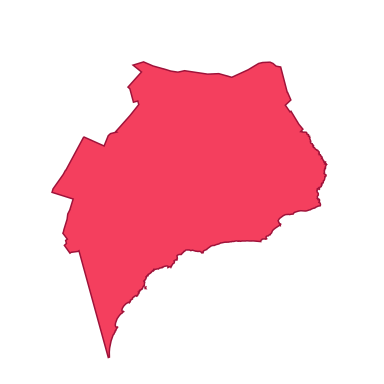 Ravensthorpe, Western Australia, Australia, rotated 345°
{"feature_id": "25037944B73720065991414", "entity_name": "Ravensthorpe", "entity_type": "district", "adm_level": 2, "iso_a3": "AUS", "parent_name": "Australia", "parent_adm1": "Western Australia", "projection": "orthographic", "projection_center": [120.16, -33.684], "detail": "fine", "context": "isolated", "style": "filled", "palette": "rose", "viewbox_px": 384, "rotation_deg": 345, "n_neighbors": 0, "source": "geoboundaries", "source_scale": "gbopen_adm2", "svg_char_len": 6043}
<svg xmlns="http://www.w3.org/2000/svg" viewBox="0 0 384 384"><g transform="rotate(345 192 192)"><path d="M178.9,53.8L167.9,54.2L174.3,63.0L157.3,74.1L158.7,76.3L158.7,90.1L163.2,90.1L163.2,93.8L151.8,102.2L134.0,113.9L134.7,114.6L128.4,114.5L125.7,115.9L119.0,124.8L102.0,111.0L101.4,111.1L75.8,138.3L75.4,138.3L72.2,141.7L58.6,153.0L56.7,156.1L75.4,168.0L69.7,177.1L69.8,177.2L66.3,181.1L64.3,186.0L58.6,195.1L57.4,197.4L56.6,198.4L59.4,205.3L57.4,206.1L57.4,209.2L54.9,210.5L58.3,219.5L59.7,219.0L66.6,219.9L67.6,219.5L68.3,330.2L69.5,330.1L70.7,325.2L72.1,321.3L75.3,314.9L78.8,309.7L79.7,309.2L80.7,307.9L81.3,307.5L81.7,306.5L82.4,306.3L82.6,306.0L82.5,305.8L83.0,305.5L83.2,305.0L85.2,303.3L85.1,303.1L83.9,303.1L83.8,302.6L83.4,302.3L83.4,300.9L84.2,298.8L86.9,295.0L89.1,293.1L91.4,291.4L92.9,291.0L94.2,290.1L95.0,289.9L94.7,289.4L93.8,289.3L93.7,288.8L93.7,288.1L94.1,287.2L94.9,286.0L96.8,284.3L99.2,282.9L101.8,282.1L102.3,282.2L102.5,282.7L102.7,282.8L102.8,282.4L103.3,282.0L103.9,282.1L104.0,281.5L104.4,281.2L104.5,280.6L105.0,280.6L105.5,280.2L106.1,280.3L106.0,280.5L106.5,279.9L106.8,279.9L107.1,279.0L108.3,278.3L108.7,278.4L109.2,278.0L110.8,277.5L111.4,278.1L111.5,277.9L112.1,278.1L112.2,277.9L112.4,278.1L112.6,278.0L113.5,276.6L113.9,276.3L114.0,276.5L114.4,276.3L114.5,275.9L114.4,275.0L114.6,275.0L114.5,274.8L115.3,274.8L115.6,274.5L115.6,273.7L115.8,273.5L116.4,273.3L116.6,273.6L117.1,273.2L117.8,273.2L118.4,272.6L118.8,272.8L120.6,270.5L121.0,270.4L121.1,270.2L121.7,270.2L122.3,268.1L122.9,267.2L122.7,266.5L122.5,266.3L122.9,266.1L122.8,265.4L123.1,265.4L123.2,265.1L123.9,264.9L124.0,264.5L125.1,263.9L125.4,262.9L125.8,262.7L125.9,262.4L125.7,262.0L127.4,261.0L127.7,261.0L127.8,261.4L128.1,261.1L128.2,260.8L128.0,260.6L128.2,260.3L129.1,260.4L129.1,260.7L129.5,259.8L130.6,259.7L131.0,259.4L131.0,259.5L131.9,259.1L133.5,257.8L133.8,257.8L133.7,258.2L134.0,258.3L134.7,257.2L134.9,257.7L135.4,257.2L135.5,257.5L136.2,257.2L138.9,257.3L139.7,257.7L140.8,257.1L142.7,257.3L143.0,257.1L143.5,257.3L143.9,257.0L144.1,257.3L145.6,256.7L147.9,256.8L149.0,257.1L149.5,257.5L149.8,257.8L149.4,258.4L149.6,258.4L149.5,258.7L150.9,258.3L151.3,258.4L151.5,258.7L152.4,258.3L152.4,259.0L154.1,257.1L155.1,256.3L156.0,256.2L156.5,255.7L157.0,254.8L156.8,254.0L157.3,254.0L158.3,253.3L159.4,253.3L159.5,253.7L159.9,253.7L159.9,253.4L160.5,252.8L160.3,252.5L160.9,251.3L160.9,249.8L161.3,249.4L162.9,249.0L164.4,249.2L165.1,249.6L165.7,249.2L165.9,249.3L166.9,248.4L167.1,248.5L168.2,247.9L168.4,247.5L169.0,247.2L169.5,247.4L170.6,246.6L171.3,246.5L174.1,247.2L174.8,247.5L175.6,248.3L177.4,248.3L180.4,250.2L181.0,250.3L182.1,250.9L184.3,251.4L185.3,252.4L185.5,253.2L186.8,253.0L186.9,253.6L187.1,253.5L187.0,252.8L188.2,251.8L191.1,251.3L191.3,251.4L192.0,250.8L196.4,249.1L198.0,249.0L199.7,249.4L201.6,249.1L204.6,249.1L206.7,248.6L207.3,248.8L210.9,249.0L214.0,249.8L216.3,250.0L217.4,250.3L217.8,250.1L219.6,250.6L221.1,250.6L222.6,250.8L223.7,251.5L224.4,251.6L224.4,251.4L224.8,251.4L225.7,252.1L227.8,252.3L231.1,253.2L232.3,253.3L235.5,254.4L238.5,255.1L245.6,257.7L245.8,257.0L246.5,256.3L247.1,256.2L247.6,255.7L249.6,256.0L251.2,256.7L251.4,256.4L252.0,256.4L251.7,255.6L251.9,254.6L252.2,254.2L253.4,253.9L254.4,254.1L254.9,253.9L255.5,253.4L256.3,253.2L256.6,253.4L256.8,253.0L258.3,252.1L259.6,250.3L261.0,249.4L263.3,248.4L267.2,247.1L268.1,246.9L268.6,247.3L268.8,246.5L269.4,246.0L269.2,245.7L268.3,245.5L268.2,244.3L267.9,244.0L268.0,243.3L267.7,242.1L269.2,240.6L270.2,240.0L274.0,238.5L275.8,238.1L276.9,238.1L279.8,238.7L280.5,239.1L282.0,239.1L284.0,239.5L284.8,238.7L285.8,238.2L289.6,238.0L292.2,238.2L296.5,239.7L297.9,239.9L300.6,239.7L301.8,239.8L302.8,239.4L305.6,239.1L306.4,239.3L307.4,238.8L310.3,238.3L312.3,238.5L312.8,237.7L312.9,236.5L312.6,235.2L311.9,234.9L312.9,233.6L313.1,232.3L312.6,231.5L312.3,231.6L312.7,232.0L312.1,232.2L311.9,232.2L311.7,231.8L311.1,231.8L311.4,231.7L311.6,231.4L311.3,230.7L311.6,230.5L312.0,228.5L313.2,227.7L313.3,227.3L313.3,226.9L313.5,226.7L313.6,225.8L313.0,224.9L312.9,223.7L313.1,223.4L313.1,222.9L313.3,222.9L313.8,221.8L313.7,221.5L314.1,221.2L314.6,221.8L315.3,221.9L315.5,222.4L315.8,222.3L316.0,221.9L315.7,221.5L315.7,220.6L316.1,220.7L318.2,220.2L318.7,219.4L318.7,219.2L319.0,219.2L319.3,218.7L319.1,217.9L319.7,217.8L319.6,217.3L319.9,217.0L321.1,217.1L321.9,215.1L322.5,215.1L323.5,213.8L324.0,212.5L324.3,212.3L324.2,211.5L324.4,211.3L325.5,211.3L325.7,211.1L325.8,210.0L324.6,208.9L324.7,208.4L324.4,208.1L325.1,207.3L325.0,206.8L325.3,206.2L325.3,205.4L325.9,205.1L325.9,204.3L326.8,204.0L326.8,203.8L326.4,203.8L326.5,203.6L327.1,203.5L327.3,202.9L327.1,202.7L327.2,202.4L327.7,201.7L328.2,201.3L328.4,200.6L329.1,200.3L328.9,200.1L328.9,199.8L328.2,200.0L328.0,199.4L327.6,199.2L328.0,198.9L328.5,199.1L328.1,198.3L328.5,198.1L328.4,197.7L328.6,197.5L328.4,197.4L327.3,197.5L327.4,196.7L327.1,196.3L327.3,195.6L326.7,194.8L326.7,193.8L326.4,193.1L326.1,193.1L326.6,192.6L326.5,191.5L325.9,191.1L326.0,190.7L325.8,190.4L325.6,189.2L324.7,188.9L324.9,188.6L324.8,188.1L324.5,187.9L325.0,187.5L325.1,186.1L324.7,185.9L324.6,185.3L324.1,184.1L323.4,184.0L323.2,183.3L322.3,182.6L321.8,181.0L321.1,180.6L321.2,180.2L320.7,179.8L321.3,178.8L321.3,178.6L321.0,178.5L321.3,178.3L320.6,177.2L320.5,176.8L320.6,176.5L319.7,175.9L319.3,175.3L319.4,173.9L319.8,173.8L319.8,173.0L319.5,170.9L320.0,169.9L319.6,169.1L319.9,168.7L319.0,168.3L319.4,167.2L319.0,166.8L319.1,166.6L318.2,166.2L318.2,165.7L318.0,165.2L318.2,164.8L317.8,163.9L317.2,163.6L316.6,163.6L315.8,163.1L314.8,163.1L314.3,162.5L312.6,161.8L315.4,160.0L312.8,154.4L308.5,139.6L307.4,140.0L304.6,132.3L311.3,128.7L310.1,120.5L309.8,120.4L310.0,94.2L305.8,92.2L303.5,88.8L301.0,86.8L293.8,85.2L289.6,85.1L277.7,88.5L260.1,91.5L248.5,84.6L237.6,82.2L216.2,72.9L209.4,72.6L202.8,69.7L199.0,67.3L187.0,60.2L178.9,53.8ZM122.0,273.2L122.3,273.3L122.2,273.1L122.8,271.8L121.9,271.9L121.8,272.6L122.1,273.1L122.0,273.2Z" fill="#f43f5e" stroke="#9f1239" stroke-width="1.5"/></g></svg>